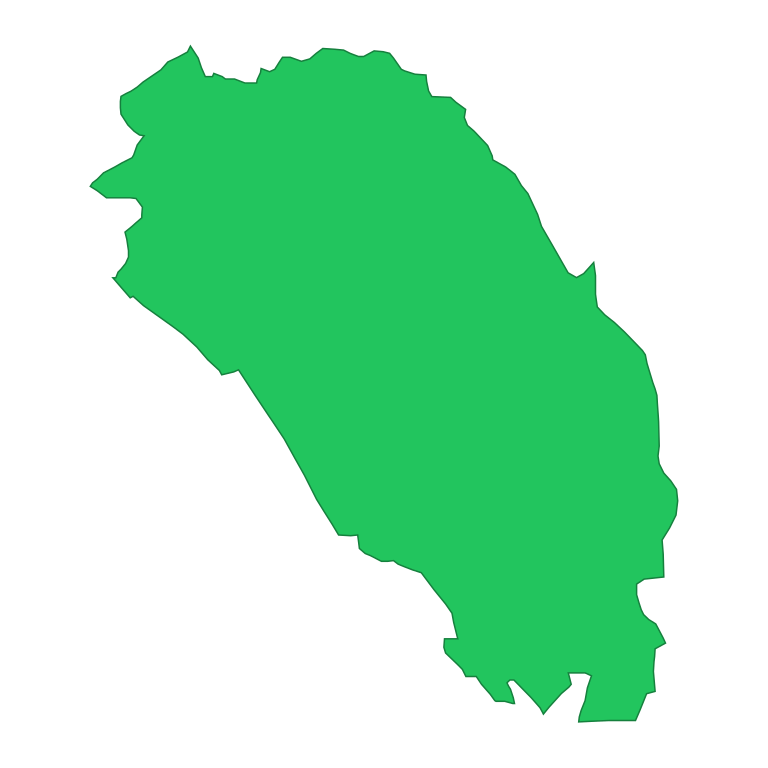 outline of Sharbazher, As-Sulaymaniyah, Iraq
{"feature_id": "34846034B48461077478738", "entity_name": "Sharbazher", "entity_type": "district", "adm_level": 2, "iso_a3": "IRQ", "parent_name": "Iraq", "parent_adm1": "As-Sulaymaniyah", "projection": "mercator", "projection_center": [45.575, 35.704], "detail": "fine", "context": "isolated", "style": "filled", "palette": "green", "viewbox_px": 768, "rotation_deg": 0, "n_neighbors": 0, "source": "geoboundaries", "source_scale": "gbopen_adm2", "svg_char_len": 3029}
<svg xmlns="http://www.w3.org/2000/svg" viewBox="0 0 768 768"><path d="M543.4,714.1L549.2,707.0L561.4,693.5L568.9,687.1L571.2,684.3L568.3,672.9L579.3,672.9L585.1,672.9L591.5,675.8L587.4,687.8L585.1,700.6L581.1,710.6L579.3,716.9L578.7,721.9L592.6,721.2L608.8,720.5L624.5,720.5L635.5,720.5L640.1,709.8L646.6,693.7L655.1,691.4L653.4,671.5L654.0,661.5L654.6,656.6L655.1,648.8L665.5,643.1L663.2,638.1L658.0,628.2L655.7,623.9L648.8,619.6L643.6,614.6L641.2,609.7L638.9,602.6L636.6,594.7L636.6,584.1L644.1,579.1L663.8,577.0L663.2,554.2L662.1,540.0L669.6,527.9L676.0,515.1L677.7,500.8L676.5,489.4L670.8,480.9L663.8,473.1L659.2,463.8L658.0,456.0L659.2,446.0L658.6,421.8L658.3,416.8L657.4,404.0L656.9,395.4L655.1,389.0L652.8,382.6L647.0,363.4L645.3,354.8L642.4,350.5L631.4,339.1L624.5,332.0L614.6,322.7L604.8,314.9L597.3,307.0L596.0,298.0L595.5,294.2L595.5,282.8L595.5,275.6L593.7,262.5L583.7,273.6L576.5,277.6L568.1,272.8L551.2,243.2L541.5,226.4L537.6,214.4L527.9,193.6L521.4,185.6L514.9,174.3L505.8,167.1L492.8,159.9L492.2,155.9L487.6,145.5L474.0,131.1L467.5,125.5L464.3,117.5L465.6,109.4L455.8,102.2L450.6,97.4L431.8,96.6L428.6,91.0L426.6,81.4L426.0,75.0L414.9,74.2L404.6,70.9L401.3,69.3L393.5,58.1L389.6,53.3L383.1,51.7L374.1,50.9L363.7,56.5L358.5,56.5L353.1,54.5L350.0,53.3L343.6,50.1L335.1,49.3L322.8,48.5L316.3,53.3L309.8,58.9L301.4,61.3L290.3,57.3L282.5,57.3L279.3,62.1L274.8,69.3L269.6,71.7L261.1,68.5L260.5,72.6L257.2,79.8L256.6,83.0L252.7,83.0L244.9,83.0L234.5,79.0L225.4,79.0L222.2,76.6L213.8,73.4L212.5,76.6L205.3,76.6L201.4,67.7L198.2,58.1L190.4,46.1L187.5,52.0L178.3,57.0L167.8,62.0L160.9,69.9L143.0,82.1L137.2,87.1L130.8,91.3L126.2,93.5L121.0,96.4L120.4,101.4L120.4,107.8L121.0,114.2L127.9,125.0L134.3,131.4L139.5,135.0L144.1,135.7L137.2,145.0L133.7,155.0L132.0,157.8L122.1,162.8L114.6,167.1L103.6,172.8L97.2,179.3L92.6,182.8L90.3,186.4L97.2,190.7L106.5,197.8L121.0,197.8L130.2,197.8L136.0,198.5L141.8,206.3L142.4,207.1L141.8,215.0L141.8,217.8L136.0,222.8L132.0,226.4L125.0,232.1L126.8,239.2L128.5,250.7L128.5,257.1L125.6,263.5L121.0,269.2L118.1,272.1L115.8,277.8L112.9,277.8L121.5,287.8L130.2,297.8L133.1,296.3L143.5,305.6L172.5,326.3L182.9,334.1L196.8,347.0L207.8,359.8L219.4,370.5L221.7,374.8L233.8,371.9L238.5,369.8L254.7,394.7L268.5,415.4L272.1,420.7L284.2,438.9L295.2,458.8L304.4,475.2L316.6,499.4L324.1,511.5L332.2,524.3L338.6,535.0L350.7,535.7L357.7,535.0L358.8,543.5L359.4,548.5L365.2,553.5L370.4,555.6L381.4,561.3L387.8,561.3L393.5,560.6L398.2,564.2L405.1,567.0L412.6,569.9L421.3,572.7L425.4,578.2L434.1,589.8L445.6,604.0L452.0,613.2L453.7,622.5L457.2,636.6L457.8,638.8L457.2,638.8L450.3,638.8L444.5,638.8L444.0,645.5L443.9,647.3L444.0,647.7L445.6,653.0L458.9,665.8L462.4,669.4L465.9,676.5L476.3,676.5L481.5,684.3L490.2,694.2L494.8,700.6L496.0,701.3L504.7,701.3L512.8,703.5L514.0,703.5L514.5,703.5L514.0,701.2L513.3,697.8L510.5,689.3L508.7,686.4L507.7,684.4L507.0,682.9L507.7,682.1L509.9,680.0L513.9,680.0L531.3,697.8L540.0,707.7L542.4,712.1L543.4,714.1Z" fill="#22c55e" stroke="#15803d" stroke-width="1.5"/></svg>